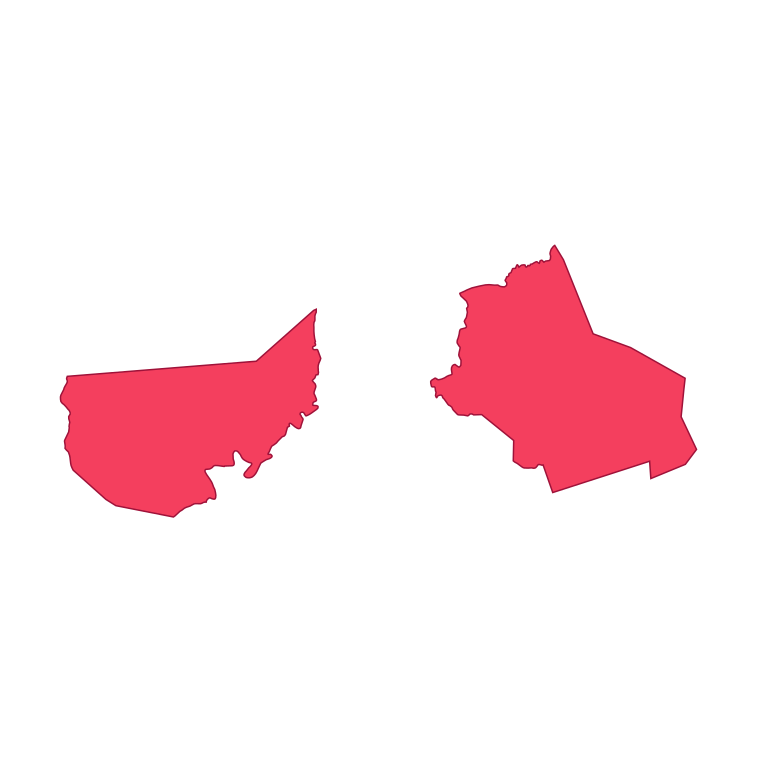 San Sebastian, Comayagua, Honduras, rotated 188°
{"feature_id": "27666195B99754076346058", "entity_name": "San Sebastian", "entity_type": "district", "adm_level": 2, "iso_a3": "HND", "parent_name": "Honduras", "parent_adm1": "Comayagua", "projection": "natural_earth1", "projection_center": [-87.707, 14.215], "detail": "fine", "context": "isolated", "style": "filled", "palette": "rose", "viewbox_px": 768, "rotation_deg": 188, "n_neighbors": 0, "source": "geoboundaries", "source_scale": "gbopen_adm2", "svg_char_len": 6167}
<svg xmlns="http://www.w3.org/2000/svg" viewBox="0 0 768 768"><g transform="rotate(188 384 384)"><path d="M245.3,325.9L243.7,324.9L241.0,323.9L235.9,321.1L234.4,320.5L233.3,320.4L229.5,320.8L226.2,321.5L224.3,321.4L223.4,321.6L222.6,321.9L222.0,322.4L220.9,324.1L220.3,325.3L219.9,325.7L218.4,325.9L216.2,325.6L215.2,326.0L201.8,300.0L110.2,344.5L106.6,327.5L74.4,346.4L65.4,362.7L85.2,392.9L86.3,420.0L86.6,431.6L144.9,454.4L183.9,462.8L223.6,532.0L234.2,545.0L235.0,544.3L235.7,543.4L237.1,540.9L237.4,539.8L237.7,537.8L237.8,536.5L237.4,535.1L236.9,534.2L236.7,533.3L236.7,532.1L236.6,531.0L236.8,530.2L237.6,529.2L241.1,528.2L242.6,526.9L244.6,528.4L245.1,528.5L245.7,528.3L246.6,527.6L246.8,525.7L247.1,525.1L247.9,525.4L249.5,526.3L249.9,526.3L250.7,526.0L252.4,524.8L253.9,523.5L255.7,522.9L255.8,522.7L255.7,522.0L256.2,521.4L257.0,521.2L257.7,521.5L258.0,521.4L258.4,520.4L258.9,519.9L259.4,519.6L260.0,519.8L260.5,520.6L260.7,521.2L261.1,521.5L262.5,521.4L264.2,520.9L265.1,520.2L266.6,518.5L268.0,520.3L268.5,520.6L268.9,520.4L269.3,519.3L269.9,516.9L272.3,516.3L272.6,516.1L272.9,515.6L273.0,514.8L273.4,513.6L273.6,512.3L274.0,511.8L275.3,510.9L275.6,510.4L275.7,510.0L275.5,509.0L275.7,508.3L276.4,507.6L277.2,507.4L277.5,507.0L277.7,505.6L278.5,503.6L278.1,502.9L276.5,501.2L276.3,499.3L276.4,498.8L276.6,498.4L278.1,497.0L279.6,496.8L281.8,496.8L283.1,497.0L284.6,497.7L285.3,497.8L288.1,497.3L293.8,497.0L297.5,496.2L303.0,494.3L310.3,491.4L314.9,488.7L317.2,487.1L321.5,484.4L321.5,484.1L321.2,483.5L320.0,481.8L313.9,477.5L312.4,475.1L311.7,473.4L311.8,471.7L312.1,471.3L312.6,470.7L312.7,470.4L311.4,466.6L311.6,462.3L311.8,461.0L312.7,459.0L313.2,457.3L312.5,456.0L310.6,453.1L310.4,452.6L310.4,451.9L310.6,451.4L311.1,450.9L315.4,449.1L315.9,448.7L316.2,448.2L316.5,446.8L316.5,443.9L316.8,441.2L317.0,439.6L317.5,437.7L317.5,436.5L317.4,435.4L317.1,434.6L315.0,432.1L314.0,431.2L313.6,430.5L313.6,430.1L314.0,425.5L314.0,423.2L313.6,422.1L311.0,418.1L310.7,415.5L310.5,413.2L311.3,411.8L311.7,411.4L312.1,411.2L313.2,411.5L316.3,413.2L316.9,413.1L317.8,412.6L318.4,412.0L318.9,411.3L319.4,409.4L319.2,407.5L318.1,403.8L318.1,403.2L318.5,402.7L319.3,402.2L320.9,401.5L322.8,400.3L324.9,398.5L327.8,396.8L329.7,396.1L331.1,395.7L331.8,396.2L332.4,396.1L333.5,396.9L334.3,396.9L337.2,394.5L337.8,393.7L338.1,392.9L337.8,391.2L337.0,389.1L336.5,388.1L336.2,388.0L335.3,387.9L333.9,388.2L333.3,388.0L332.9,387.5L332.0,384.3L331.3,383.0L331.4,379.7L330.4,378.0L330.1,377.8L329.8,377.9L329.6,378.2L329.6,378.8L329.4,379.3L328.2,380.3L326.5,380.9L325.8,380.9L325.4,380.8L324.5,380.0L323.9,378.6L322.7,377.8L321.1,376.2L317.9,372.8L317.0,372.1L315.4,371.6L313.8,370.6L313.3,370.1L312.6,368.8L311.6,367.7L306.9,364.0L305.6,363.8L300.7,364.3L296.8,364.1L296.4,364.3L295.9,364.6L294.8,366.1L293.7,366.5L292.4,366.5L290.9,365.9L283.0,367.3L247.7,346.1L245.3,325.9ZM461.5,448.6L463.9,447.1L513.6,388.8L698.7,347.5L699.1,345.5L698.9,344.6L698.3,343.7L697.9,341.9L698.4,340.2L699.6,337.3L700.2,335.5L700.4,333.9L702.4,328.0L702.6,326.2L702.2,323.8L701.5,321.7L699.9,320.1L698.1,319.1L695.7,317.2L693.5,315.1L692.0,313.9L690.8,312.0L690.6,310.5L691.7,307.9L691.3,305.6L690.3,303.5L689.8,302.1L690.0,300.6L690.0,298.2L689.6,297.0L689.6,292.6L692.4,283.8L692.4,282.8L691.3,279.2L691.0,277.7L690.9,275.9L689.3,274.4L687.1,272.8L685.5,269.7L684.8,267.8L683.2,261.7L682.5,259.7L681.3,257.6L679.8,255.4L643.3,231.0L632.6,226.2L574.0,223.0L572.6,224.3L568.4,229.5L566.5,231.0L564.4,233.2L562.6,234.4L559.1,236.1L555.5,238.8L553.9,239.3L549.1,239.9L547.8,240.5L546.6,241.4L545.8,241.8L544.7,242.2L543.7,242.2L543.5,243.7L543.1,244.7L542.0,246.2L540.9,247.0L540.2,247.0L538.7,246.5L537.0,246.3L535.9,246.4L535.2,246.9L534.9,248.0L535.0,250.3L535.7,252.8L536.9,256.0L538.5,258.4L540.2,261.6L541.2,263.1L543.3,265.6L547.1,269.7L548.7,271.8L549.2,272.8L549.2,273.7L548.9,274.4L548.4,274.7L545.1,275.5L544.1,276.0L542.5,277.4L541.5,278.9L540.8,279.4L540.0,279.8L537.0,280.1L530.9,280.1L530.6,280.2L530.6,280.4L530.3,280.6L523.0,281.9L521.8,282.5L521.5,282.9L521.3,283.4L521.3,284.7L521.7,286.2L522.9,288.8L523.8,293.7L523.7,294.3L523.3,295.6L522.9,296.4L522.5,296.9L521.8,297.1L520.7,297.2L520.0,297.0L519.2,296.6L516.4,294.1L515.1,292.1L513.9,290.7L512.9,289.9L512.0,289.4L510.4,288.7L508.8,288.1L506.7,287.5L504.8,287.4L504.0,286.9L503.8,286.4L504.0,285.5L504.9,283.8L506.2,282.2L508.2,278.8L509.3,277.2L509.9,275.7L510.0,274.6L509.7,273.8L509.0,273.2L507.8,272.4L506.9,272.2L505.5,272.2L503.8,272.5L502.4,273.1L501.4,273.7L499.9,275.4L498.6,277.5L497.6,280.1L495.3,287.6L494.9,288.6L493.6,289.8L490.2,292.6L486.8,294.3L485.5,295.4L485.0,296.1L484.8,296.7L484.9,297.3L485.4,297.8L486.1,298.4L486.7,298.6L488.8,298.2L489.1,298.5L489.0,299.3L488.2,301.0L487.5,303.9L486.9,305.7L486.6,306.6L486.1,307.2L484.3,308.7L482.4,310.6L480.9,313.0L477.6,317.4L477.1,317.8L475.8,318.4L474.9,319.6L474.5,320.6L473.6,327.7L471.8,329.1L472.3,330.8L472.3,331.3L472.1,331.8L471.7,332.0L470.7,331.9L469.2,331.1L466.4,329.3L463.7,328.1L462.3,327.9L461.2,328.3L460.8,328.7L460.5,329.3L460.3,331.5L459.2,337.5L459.4,338.1L459.7,338.7L460.8,339.6L461.9,341.3L462.9,342.2L463.0,343.0L462.7,343.8L462.2,344.2L461.5,344.6L460.7,344.7L459.9,344.6L459.4,344.3L457.2,341.7L456.7,341.6L455.4,342.3L453.3,343.8L451.5,345.4L447.3,349.4L446.3,350.6L446.1,351.1L446.1,352.3L446.3,352.7L446.8,353.0L447.9,353.2L451.3,353.0L451.5,353.2L451.7,354.0L451.7,355.2L451.5,355.9L450.7,356.6L449.2,357.5L448.7,358.1L448.6,358.7L448.8,359.5L450.7,362.9L451.8,364.5L452.1,365.3L452.0,366.9L451.2,371.1L451.2,372.2L451.5,373.2L452.2,374.5L455.1,376.9L455.4,377.6L453.3,380.4L452.6,383.5L451.7,383.9L450.8,384.0L450.6,384.4L450.5,386.5L451.0,388.1L451.1,389.1L451.6,391.4L451.7,393.3L451.4,395.5L450.5,398.7L450.2,400.6L454.0,407.7L454.5,408.5L455.1,408.8L457.5,408.3L458.3,408.3L459.2,408.8L459.7,409.6L459.7,410.3L459.5,411.1L457.8,412.2L457.4,412.7L457.2,413.2L457.5,414.2L458.3,415.1L458.2,415.5L457.8,416.3L459.0,419.3L460.1,423.3L460.8,426.6L461.3,430.3L461.8,432.8L461.9,435.4L461.4,436.6L461.3,437.7L461.9,441.8L461.6,444.0L461.1,445.6L461.5,448.6Z" fill="#f43f5e" stroke="#9f1239" stroke-width="1.5"/></g></svg>